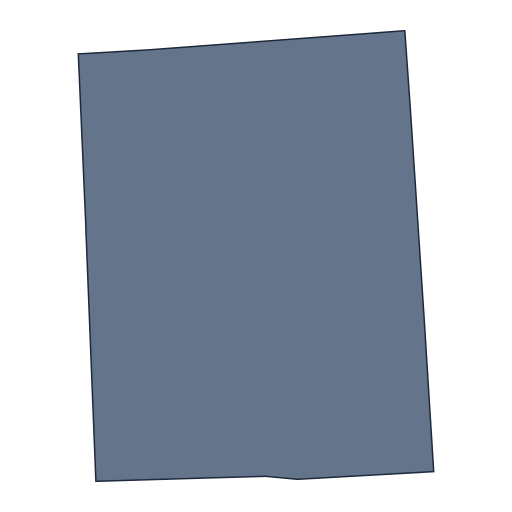 Cortland, New York, United States of America
{"feature_id": "52423323B21854369364698", "entity_name": "Cortland", "entity_type": "district", "adm_level": 2, "iso_a3": "USA", "parent_name": "United States of America", "parent_adm1": "New York", "projection": "orthographic", "projection_center": [-76.097, 42.599], "detail": "fine", "context": "isolated", "style": "filled", "palette": "slate", "viewbox_px": 512, "rotation_deg": 0, "n_neighbors": 0, "source": "geoboundaries", "source_scale": "gbopen_adm2", "svg_char_len": 279}
<svg xmlns="http://www.w3.org/2000/svg" viewBox="0 0 512 512"><path d="M78.3,53.9L85.8,225.3L85.8,227.4L95.9,481.3L202.8,478.1L265.7,476.3L297.4,479.3L433.7,471.6L424.4,322.4L410.4,109.6L404.8,30.7L146.2,50.0L78.3,53.9Z" fill="#64748b" stroke="#1e293b" stroke-width="1.5"/></svg>